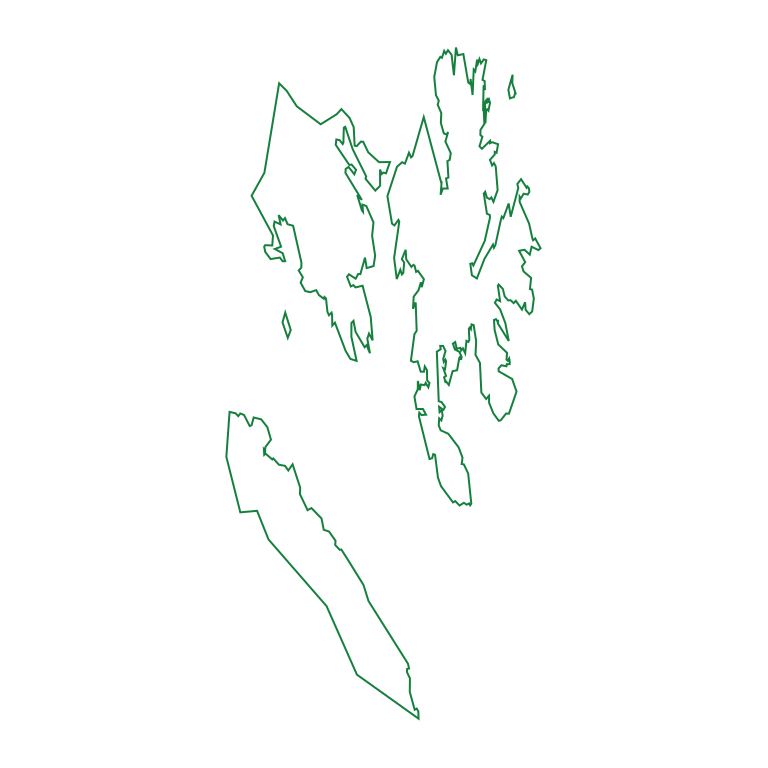 outline of Nordkapp nor, Finnmark, Norway, rotated 89°
{"feature_id": "86288312B7407058385806", "entity_name": "Nordkapp nor", "entity_type": "district", "adm_level": 2, "iso_a3": "NOR", "parent_name": "Norway", "parent_adm1": "Finnmark", "projection": "robinson", "projection_center": [25.725, 70.921], "detail": "fine", "context": "isolated", "style": "outline", "palette": "green", "viewbox_px": 768, "rotation_deg": 89, "n_neighbors": 0, "source": "geoboundaries", "source_scale": "gbopen_adm2", "svg_char_len": 6130}
<svg xmlns="http://www.w3.org/2000/svg" viewBox="0 0 768 768"><g transform="rotate(89 384 384)"><path d="M251.0,225.1L241.1,230.3L242.9,232.4L241.5,233.0L226.2,236.1L204.3,245.2L199.1,245.1L200.9,244.0L196.2,241.0L197.1,237.0L194.4,235.3L190.8,235.7L189.0,237.2L190.3,238.0L181.6,243.4L186.4,247.2L190.3,246.3L219.0,254.4L205.7,256.2L220.3,261.8L218.7,263.3L221.5,264.2L247.0,270.2L249.7,271.7L246.5,272.6L260.7,281.4L280.1,289.3L276.8,294.2L265.3,295.6L264.8,293.7L267.1,292.6L242.8,280.8L219.4,275.1L216.8,275.3L215.6,278.1L195.3,280.9L193.6,279.5L199.5,277.8L201.0,275.1L199.3,273.4L203.8,271.4L192.1,267.0L168.4,268.5L165.0,270.2L167.4,272.1L161.7,274.1L156.5,269.3L153.8,269.2L154.8,267.4L146.2,265.8L144.1,271.8L145.1,273.8L142.8,273.8L150.5,282.0L148.0,284.4L138.5,281.3L136.7,283.3L131.6,283.1L125.7,279.1L111.8,279.5L111.2,279.0L109.9,278.9L109.5,278.5L125.2,278.1L112.5,277.1L111.2,275.9L112.5,274.8L104.7,273.1L101.6,274.0L104.5,275.2L99.7,275.6L105.4,276.3L101.4,277.1L107.0,278.3L103.5,278.3L106.1,279.4L107.9,278.1L109.3,278.0L108.7,278.6L110.4,280.1L87.1,279.2L91.9,277.9L82.9,278.1L81.6,280.2L62.0,276.1L61.2,278.5L65.1,281.4L60.8,282.9L65.3,284.5L61.3,285.2L73.1,287.3L71.2,288.8L96.6,290.4L80.5,292.1L85.8,292.4L84.0,294.5L55.5,298.9L56.6,304.5L48.8,306.2L76.5,308.7L56.0,310.7L51.4,314.2L54.9,316.4L52.0,318.0L58.9,320.4L57.9,322.0L63.2,325.4L77.9,328.4L96.2,327.0L101.7,324.3L105.8,325.4L114.1,322.0L124.0,322.6L134.5,319.8L135.7,317.0L133.2,315.5L142.6,318.4L154.4,313.2L161.0,314.4L162.3,316.7L178.7,316.0L179.6,318.4L189.7,316.9L189.6,321.8L195.8,324.1L182.4,322.8L183.6,323.3L117.8,339.6L156.6,351.5L157.9,353.0L153.2,355.0L164.0,359.2L162.6,362.0L167.0,367.2L196.2,377.3L223.8,373.2L225.6,370.8L220.2,366.7L221.9,365.9L258.2,371.7L279.3,369.4L270.0,365.7L274.8,364.2L273.3,362.8L262.9,361.7L259.5,364.0L250.2,360.0L259.7,359.6L267.4,354.6L265.4,352.5L266.2,351.4L272.5,349.9L271.4,348.1L279.9,342.3L287.9,344.6L282.9,345.3L290.9,347.9L297.2,352.8L309.3,353.7L303.0,350.9L331.4,350.4L334.7,352.7L361.2,356.7L362.7,354.0L361.9,350.0L372.3,347.1L372.4,343.9L367.2,342.9L370.9,340.8L381.2,340.8L383.8,338.5L388.1,339.7L383.6,342.3L385.8,343.4L385.2,347.2L390.8,348.4L381.5,350.1L389.8,350.3L397.0,353.8L409.6,351.9L409.7,345.5L415.4,342.5L415.7,347.1L413.3,349.2L416.7,349.7L459.8,339.8L459.0,337.1L455.0,336.0L455.6,334.2L478.4,331.7L487.1,328.8L503.6,317.1L502.3,314.8L506.8,310.6L504.2,306.2L506.1,303.4L504.9,301.0L506.8,300.0L505.2,298.8L475.0,301.4L465.7,305.6L465.4,307.7L459.0,306.8L448.6,310.5L434.9,320.6L431.3,328.1L426.5,330.0L419.3,329.4L421.4,327.3L416.7,325.9L411.1,326.8L413.1,328.9L407.7,329.3L411.0,325.1L408.0,323.4L403.1,326.8L402.2,329.6L352.6,330.6L350.2,326.7L346.9,327.1L347.0,324.2L352.1,321.9L360.0,324.4L363.0,323.8L360.7,322.2L362.5,321.5L370.2,322.7L369.2,324.5L377.0,321.8L378.3,323.8L384.0,322.3L382.4,322.0L386.1,319.2L372.4,315.2L371.5,310.7L359.1,308.2L358.0,307.3L361.2,306.6L358.3,305.9L353.1,308.1L350.7,312.5L344.9,314.4L343.3,312.1L350.0,310.6L349.2,307.0L351.8,306.3L349.7,304.5L354.7,302.3L342.3,300.8L343.4,298.9L341.2,297.9L330.2,298.2L329.0,297.2L330.7,296.2L325.9,295.4L326.7,293.3L342.8,291.1L356.4,292.0L364.6,287.7L394.3,286.8L400.8,282.1L397.6,279.3L404.8,279.2L415.4,275.1L422.8,269.8L422.3,267.9L415.6,262.4L415.9,259.6L393.9,251.6L381.2,255.8L373.3,269.1L370.4,269.2L367.3,266.2L368.4,261.3L366.3,260.9L366.4,258.0L363.3,257.9L360.6,258.4L363.0,259.8L361.7,261.1L355.0,260.4L346.4,269.1L331.7,272.5L321.9,272.9L321.1,270.9L323.7,269.3L321.8,268.8L325.4,269.1L343.2,258.5L325.3,261.6L311.4,266.6L304.7,271.7L301.5,269.9L303.2,266.5L287.7,268.4L286.5,267.6L291.1,263.5L298.5,261.8L302.6,258.4L302.4,256.0L305.4,253.0L303.1,250.7L312.0,244.8L304.7,241.5L312.3,241.1L316.7,237.5L314.1,234.6L301.2,232.7L292.2,234.3L291.6,236.4L280.4,235.1L273.9,242.5L268.8,244.0L264.6,240.7L253.2,246.6L252.2,241.2L257.2,236.0L249.3,234.0L252.8,227.3L251.0,225.1ZM193.5,513.1L233.5,492.4L243.6,493.3L243.1,500.3L244.6,501.4L249.9,500.4L257.1,495.2L255.8,485.9L259.5,483.2L259.5,480.7L251.5,483.0L247.1,490.8L244.9,484.5L224.1,491.5L219.7,490.6L222.6,484.6L213.3,486.4L218.8,482.2L216.4,480.1L222.6,477.6L224.2,472.1L261.4,464.4L266.3,464.7L269.0,467.3L275.9,463.3L281.2,465.6L289.7,461.1L290.9,456.2L289.0,450.1L293.9,447.6L297.8,442.6L296.0,442.0L297.5,440.5L310.8,439.3L314.3,437.8L311.7,435.2L313.8,434.7L324.7,434.7L321.8,432.0L350.2,421.8L358.3,417.2L360.4,411.0L336.1,415.8L322.4,415.5L320.3,413.4L331.4,411.5L346.9,402.7L344.8,400.7L353.0,397.5L338.4,399.9L333.3,398.1L340.2,394.6L316.8,396.1L285.4,403.7L286.9,410.8L284.6,412.9L285.9,415.5L276.1,419.1L273.7,417.2L278.2,410.5L273.6,407.9L273.7,405.7L257.3,400.8L267.8,399.3L265.9,392.4L255.7,390.6L235.6,393.3L222.2,391.7L205.7,398.6L204.3,402.4L211.5,402.0L210.0,403.1L194.6,407.5L199.6,402.9L172.2,418.9L168.2,418.5L166.4,415.6L173.8,410.0L169.3,408.2L164.0,412.6L164.4,414.9L144.0,428.1L138.7,427.4L139.3,424.2L143.4,421.1L142.2,420.4L127.0,419.7L126.2,418.3L148.7,411.2L176.1,398.2L178.5,398.9L190.5,389.3L185.7,384.4L169.5,384.2L174.0,382.6L172.6,380.9L173.4,378.3L162.2,374.2L162.1,385.1L152.1,395.7L141.5,400.6L141.2,402.8L145.7,407.2L145.2,409.2L126.7,409.8L117.4,413.8L108.4,421.8L113.4,426.5L123.2,442.8L104.8,466.4L89.3,476.1L81.5,483.6L170.7,499.9L193.5,513.1ZM719.2,355.3L711.9,355.4L709.1,357.0L710.2,359.0L692.3,363.6L678.8,363.2L672.4,366.1L669.3,365.9L668.9,363.9L664.1,364.9L600.7,403.3L584.6,408.0L557.6,424.1L548.7,429.6L549.0,431.2L544.1,435.6L539.9,435.2L530.5,441.6L528.7,446.8L517.4,448.8L506.8,458.7L508.8,462.6L492.6,470.0L486.2,469.6L462.7,476.8L468.8,481.2L464.1,484.4L462.9,490.4L456.5,496.0L457.5,497.0L451.5,503.7L452.7,505.0L447.2,505.2L448.8,504.0L445.2,503.8L437.7,498.0L425.1,501.4L417.2,507.4L415.2,514.9L422.9,517.1L423.7,519.0L412.5,524.5L411.0,528.2L413.6,530.3L410.7,532.9L409.2,538.9L454.1,542.9L509.8,529.9L508.6,513.1L537.4,502.2L605.1,445.3L674.2,416.1L719.2,355.3ZM336.2,479.4L328.4,476.3L310.9,481.5L320.7,484.4L336.2,479.4ZM95.8,248.0L96.7,247.1L85.3,250.5L77.0,250.0L91.9,254.5L100.6,253.1L99.3,248.9L95.8,248.0Z" fill="none" stroke="#15803d" stroke-width="2"/></g></svg>